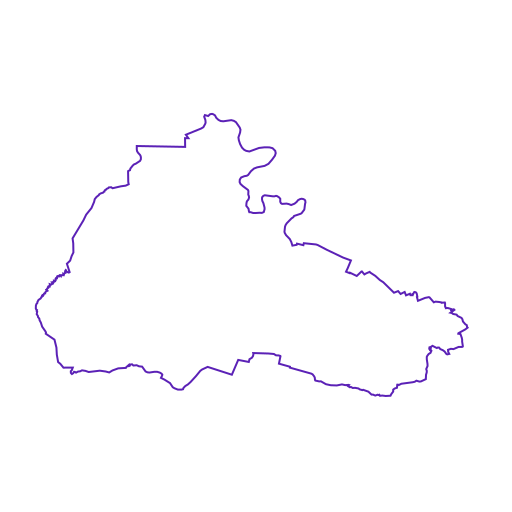 the district of Sacalaseni, Maramures, Romania, rotated 4°
{"feature_id": "2599482B62680396283899", "entity_name": "Sacalaseni", "entity_type": "district", "adm_level": 2, "iso_a3": "ROU", "parent_name": "Romania", "parent_adm1": "Maramures", "projection": "natural_earth1", "projection_center": [23.568, 47.575], "detail": "fine", "context": "isolated", "style": "outline", "palette": "violet", "viewbox_px": 512, "rotation_deg": 4, "n_neighbors": 0, "source": "geoboundaries", "source_scale": "gbopen_adm2", "svg_char_len": 6038}
<svg xmlns="http://www.w3.org/2000/svg" viewBox="0 0 512 512"><g transform="rotate(4 256 256)"><path d="M389.4,386.8L391.7,386.4L395.2,386.6L399.9,386.0L400.6,384.3L402.3,381.7L402.2,379.7L403.6,378.5L405.8,377.6L405.9,374.5L406.6,374.4L407.4,374.8L409.9,373.3L421.1,371.0L423.1,370.4L424.7,369.2L427.8,369.9L429.3,369.6L434.0,367.0L433.9,362.6L434.4,360.3L434.4,358.7L433.7,356.9L434.8,353.8L434.6,351.7L433.6,347.2L433.4,344.8L433.8,343.7L435.1,341.7L436.8,340.5L437.6,338.3L437.2,337.9L436.2,337.8L435.8,336.8L435.3,336.5L435.4,335.0L436.2,334.7L436.8,335.4L436.9,334.4L438.3,333.3L442.8,335.2L443.8,334.6L445.0,334.6L446.3,336.0L448.9,336.9L450.8,338.1L452.7,340.4L453.6,340.8L455.6,340.2L454.4,338.2L454.1,336.2L456.9,335.0L459.5,335.1L464.4,332.6L468.0,332.3L468.6,331.9L468.6,331.4L467.6,327.0L467.5,325.2L467.0,323.3L465.4,319.6L463.2,319.4L463.3,318.9L469.8,314.7L472.1,312.7L471.5,312.0L471.1,310.3L469.6,309.5L467.0,306.9L466.3,304.7L465.3,303.4L461.3,301.8L460.2,300.5L456.7,300.1L455.3,299.2L454.0,299.0L457.7,295.9L457.5,295.6L456.5,295.4L454.9,296.4L454.4,296.4L454.4,295.3L451.0,294.5L449.1,294.8L449.1,294.3L448.3,293.6L448.1,292.8L447.9,289.8L447.6,289.2L444.5,289.7L444.4,289.4L441.9,289.1L438.3,289.0L436.6,289.8L432.0,285.2L431.3,285.0L427.6,286.0L420.7,289.4L419.4,285.7L419.8,285.4L419.0,282.4L418.3,281.3L416.9,280.8L416.2,281.1L415.4,283.1L414.8,283.1L414.9,284.2L412.8,284.3L412.2,282.9L408.4,284.8L406.8,281.5L402.9,283.8L400.2,281.1L396.2,283.0L384.8,273.3L381.2,271.3L376.4,267.5L371.0,264.5L370.5,263.9L367.2,265.6L365.4,266.8L362.7,264.0L362.3,264.1L357.9,268.9L350.9,266.1L350.7,266.6L346.9,265.4L348.4,261.6L351.0,253.8L343.0,251.5L326.3,244.9L316.7,240.7L315.0,240.3L302.8,239.9L302.5,241.9L296.0,240.8L295.8,242.0L291.6,243.1L290.2,239.5L288.5,236.7L284.6,233.2L283.1,231.0L282.7,229.9L282.9,224.7L283.4,223.0L284.4,221.2L288.8,216.0L290.5,214.7L291.2,213.4L297.7,210.7L298.5,210.1L300.8,206.6L301.0,205.9L301.3,200.6L301.6,199.0L301.2,197.2L300.6,196.5L299.2,195.9L297.5,195.7L295.9,196.2L294.0,197.4L292.8,199.2L290.8,201.1L287.5,202.7L285.0,201.9L282.8,201.6L278.4,202.2L277.2,201.6L276.4,200.2L276.2,197.2L274.9,195.9L272.9,194.8L271.8,194.6L270.2,195.2L268.8,195.3L260.5,194.8L259.1,195.5L258.0,197.0L258.0,198.8L258.5,200.7L259.7,202.8L261.1,207.0L261.3,208.6L260.7,211.6L258.8,212.6L256.6,212.6L252.2,213.2L250.1,213.3L247.7,212.7L246.3,212.8L245.9,212.0L245.2,209.3L242.8,206.6L242.8,203.9L243.1,202.1L244.5,200.2L245.0,198.2L244.7,196.7L244.0,195.3L243.9,191.7L243.3,190.6L238.0,187.2L235.5,185.2L234.5,183.4L234.5,180.9L235.7,178.7L238.8,177.2L241.2,176.6L242.5,175.7L245.0,171.8L247.9,168.9L250.9,167.5L258.3,165.5L262.0,163.2L265.3,158.8L267.9,154.6L268.5,152.0L267.8,149.7L265.0,147.3L261.9,146.7L256.8,147.0L251.5,148.0L242.1,152.2L238.9,151.8L236.8,150.9L234.5,148.9L232.3,145.4L230.8,141.7L230.2,138.9L231.5,134.0L231.7,131.1L230.8,129.0L226.7,123.9L224.5,122.7L221.9,122.2L214.0,123.9L211.3,123.8L209.0,122.8L206.7,120.9L205.3,118.6L203.5,117.6L202.3,117.3L200.4,117.7L198.5,119.7L195.2,119.0L194.6,120.7L196.0,123.8L196.4,126.3L196.2,127.5L194.5,131.2L192.3,132.7L177.6,139.9L180.3,143.2L177.0,143.4L177.7,152.1L129.4,154.6L129.6,157.8L130.0,159.6L131.0,161.1L133.3,163.3L134.0,164.5L134.3,165.7L134.4,167.5L133.7,169.2L129.5,172.4L128.1,173.0L126.8,174.3L124.6,177.5L124.3,179.2L122.6,180.1L122.5,180.6L123.4,191.0L124.0,193.3L121.1,194.9L116.4,195.9L108.2,198.4L106.7,197.5L104.3,197.9L103.9,198.6L102.2,199.5L101.9,200.2L100.6,201.0L100.3,202.3L99.8,202.4L99.0,203.5L96.7,204.4L95.2,205.5L95.0,206.2L92.8,208.2L91.2,210.5L90.7,213.4L88.5,219.7L83.7,226.6L81.3,232.6L71.8,251.2L72.8,256.1L73.6,265.2L72.1,268.9L70.9,273.6L67.9,276.9L71.5,285.8L70.9,285.3L70.2,285.6L68.3,284.9L67.7,284.5L67.6,283.6L67.2,283.3L66.6,284.5L66.9,285.3L66.6,285.9L66.9,286.2L66.0,286.7L65.8,287.5L65.0,287.2L65.3,288.6L63.1,288.7L62.9,289.5L62.4,288.9L61.7,288.7L61.3,289.0L61.2,290.1L60.1,290.2L60.0,289.8L59.3,289.9L59.0,290.4L59.0,292.0L58.1,291.9L57.7,292.4L57.6,293.1L58.0,293.8L57.4,294.7L57.4,295.2L56.8,295.5L56.6,294.8L56.1,294.7L56.2,295.9L54.5,296.4L54.9,296.7L54.7,297.1L55.4,297.5L55.2,297.9L54.7,297.9L53.7,298.8L52.4,298.5L52.6,299.0L52.2,299.5L52.5,300.2L52.3,301.0L51.0,300.8L50.5,301.7L50.9,302.3L49.8,303.4L49.7,304.0L49.1,304.3L49.6,305.2L50.2,305.0L50.4,305.2L49.1,306.0L48.2,307.1L48.3,308.0L47.2,308.3L46.8,309.6L46.0,309.7L46.2,310.6L45.3,310.8L45.3,311.6L44.7,312.0L44.2,313.3L42.1,315.0L41.2,317.0L41.1,318.2L40.3,319.2L39.9,320.8L40.0,323.7L40.5,324.7L41.3,325.2L41.0,326.2L41.6,326.8L41.3,329.3L42.6,331.0L42.8,332.1L44.2,333.6L44.6,335.2L46.0,337.4L47.6,341.4L51.3,346.0L51.8,346.9L51.7,348.2L60.8,353.5L63.3,361.3L64.2,368.4L66.0,375.6L68.3,377.2L71.7,380.8L81.0,380.1L80.2,382.8L79.3,383.8L79.3,384.2L79.5,385.6L80.6,386.6L81.9,385.6L82.6,384.2L83.5,384.3L84.6,384.9L86.5,383.7L88.6,383.3L90.4,382.2L93.9,382.5L97.2,383.4L108.2,381.3L114.1,381.7L117.7,382.4L120.8,380.2L126.4,377.7L134.0,376.7L134.3,376.0L136.4,373.9L136.4,374.6L136.8,374.8L137.8,374.2L137.8,373.1L139.9,372.7L141.3,373.8L144.6,373.3L147.0,374.2L150.1,374.3L153.9,378.9L155.8,379.6L157.8,379.7L162.7,378.6L165.4,378.4L168.1,379.0L169.9,379.9L170.8,380.8L170.7,381.8L169.7,384.2L173.3,385.7L179.1,388.8L182.1,392.7L183.8,393.6L187.3,394.7L190.9,394.5L192.5,394.0L192.9,392.6L194.6,390.6L197.0,388.9L199.5,386.3L204.5,380.0L208.4,374.5L210.1,373.0L215.5,370.0L240.2,376.1L245.5,360.9L256.2,362.2L256.7,359.4L259.0,357.8L260.0,356.0L260.3,354.1L260.0,353.0L275.2,352.4L280.7,352.5L282.9,353.7L285.5,353.6L287.2,354.0L287.4,354.2L286.4,361.8L297.6,364.1L297.6,365.0L319.4,369.5L320.7,370.1L322.4,372.0L323.1,373.2L323.5,375.5L323.9,376.1L327.8,376.7L329.5,376.5L334.7,379.0L339.5,379.7L345.6,379.5L350.7,378.1L354.0,378.6L357.4,378.1L357.8,378.2L356.9,379.4L358.8,380.4L359.8,380.0L361.7,380.9L364.0,380.6L367.5,381.0L368.7,381.8L371.5,382.4L372.2,382.0L377.6,383.5L380.9,386.2L382.4,386.1L384.7,386.9L387.0,385.9L387.8,386.2L388.7,385.8L389.4,386.8Z" fill="none" stroke="#5b21b6" stroke-width="2"/></g></svg>